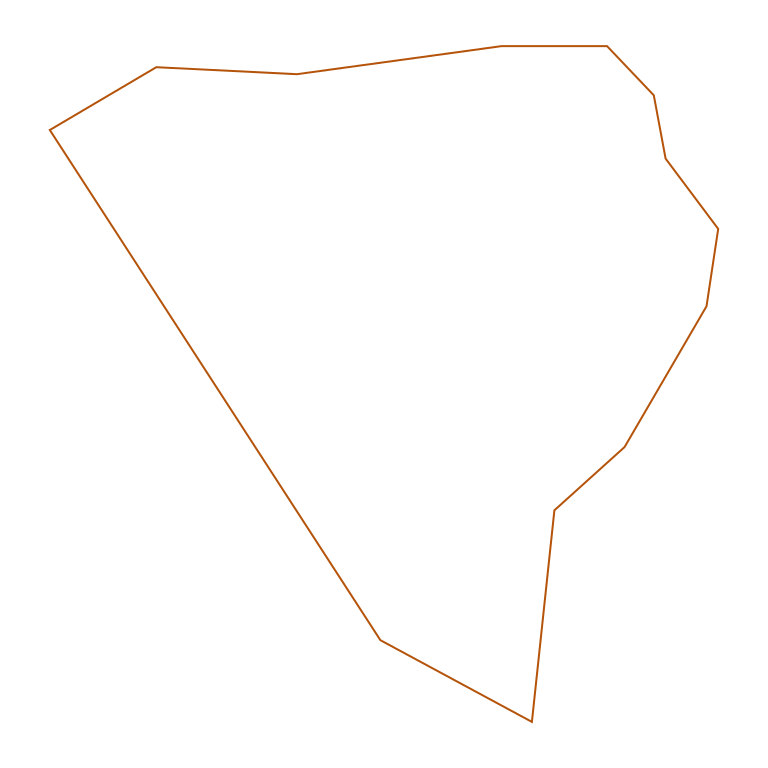 SVG path tracing the border of Dingli
{"feature_id": "MLT-5947", "entity_name": "Dingli", "entity_type": "state/province", "adm_level": 1, "iso_a3": "MLT", "parent_name": "Malta", "parent_adm1": "", "projection": "robinson", "projection_center": [14.387, 35.854], "detail": "fine", "context": "isolated", "style": "outline", "palette": "amber", "viewbox_px": 768, "rotation_deg": 0, "n_neighbors": 0, "source": "natural_earth", "source_scale": "10m", "svg_char_len": 289}
<svg xmlns="http://www.w3.org/2000/svg" viewBox="0 0 768 768"><path d="M531.9,721.9L380.4,640.2L49.8,130.0L156.3,67.2L296.8,74.2L501.7,46.1L607.0,46.1L653.8,95.3L665.6,158.6L718.2,228.9L706.5,306.3L624.6,447.0L554.4,510.3L531.9,721.9Z" fill="none" stroke="#b45309" stroke-width="2"/></svg>